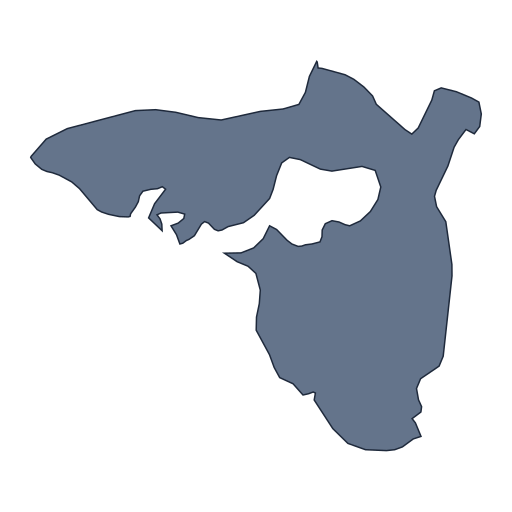 Sorsogon, Albers equal-area conic projection
{"feature_id": "PHL-2541", "entity_name": "Sorsogon", "entity_type": "Province", "adm_level": 1, "iso_a3": "PHL", "parent_name": "Philippines", "parent_adm1": "", "projection": "albers", "projection_center": [123.877, 12.827], "detail": "fine", "context": "isolated", "style": "filled", "palette": "slate", "viewbox_px": 512, "rotation_deg": 0, "n_neighbors": 0, "source": "natural_earth", "source_scale": "10m", "svg_char_len": 2049}
<svg xmlns="http://www.w3.org/2000/svg" viewBox="0 0 512 512"><path d="M316.7,61.4L317.2,62.0L318.1,68.0L322.0,68.4L345.2,74.8L353.8,79.3L364.0,87.1L372.6,96.0L376.3,104.3L405.1,129.7L411.8,134.1L418.2,128.0L431.8,100.1L434.4,90.8L441.2,87.9L456.3,91.7L471.5,98.0L478.9,102.1L481.3,114.0L479.7,126.5L474.3,133.8L466.0,129.5L458.4,139.6L454.1,147.2L447.9,166.0L436.2,190.3L434.5,196.3L436.6,206.7L445.8,221.7L451.9,264.5L452.0,275.9L443.2,356.2L439.1,366.1L420.6,378.7L416.5,388.5L418.5,399.8L421.6,406.7L420.9,412.0L412.1,418.6L415.4,422.9L421.0,436.4L413.3,438.9L402.4,446.9L394.7,449.7L386.5,450.6L365.5,449.7L347.9,443.4L332.8,428.6L314.2,400.0L315.4,393.0L313.2,392.0L308.7,393.7L303.0,395.0L293.1,383.8L279.7,377.6L274.2,367.5L269.5,354.7L256.2,330.2L256.5,317.1L259.3,303.7L260.3,290.1L255.9,273.4L248.0,266.2L237.1,261.7L224.4,253.2L241.0,252.9L253.7,247.9L263.2,238.7L269.6,225.8L276.6,229.5L287.1,240.3L291.9,244.0L298.1,246.4L301.7,246.1L305.4,244.8L311.9,244.0L320.0,241.9L322.0,236.7L322.2,230.0L325.3,223.7L332.0,220.7L339.0,222.0L345.1,224.7L349.7,225.8L360.4,220.9L370.4,211.5L377.9,199.5L380.8,187.0L375.2,170.4L362.0,166.4L331.9,171.1L320.3,169.1L300.3,159.6L289.4,157.4L281.7,162.9L276.6,175.6L273.1,189.4L269.6,198.5L254.2,215.3L243.5,222.7L228.1,226.6L222.0,230.0L218.1,230.8L214.4,229.3L208.5,223.1L204.6,221.6L201.4,224.1L194.4,235.7L188.8,239.5L186.4,240.5L182.8,243.2L179.9,244.0L176.5,234.7L171.0,225.8L178.2,223.1L183.8,218.5L184.7,214.1L177.8,212.1L161.0,213.0L157.0,214.8L160.0,218.8L161.8,224.1L162.1,230.7L148.6,217.9L154.6,203.7L165.6,189.2L162.3,186.7L157.5,188.7L150.8,189.3L142.9,191.2L139.6,195.8L138.3,201.7L135.4,207.1L130.6,213.8L130.1,216.4L128.2,216.9L119.4,216.6L108.5,214.3L101.6,212.0L97.2,209.6L79.5,188.6L71.7,181.9L59.1,175.1L52.3,172.7L46.9,171.5L41.7,169.3L35.2,163.9L30.7,157.5L31.1,156.4L46.2,139.1L67.3,128.6L135.4,110.6L155.7,109.7L175.8,112.3L198.2,117.6L221.2,120.0L260.3,111.4L283.0,109.0L298.9,104.4L305.4,92.4L309.4,76.4L316.7,61.4Z" fill="#64748b" stroke="#1e293b" stroke-width="1.5"/></svg>